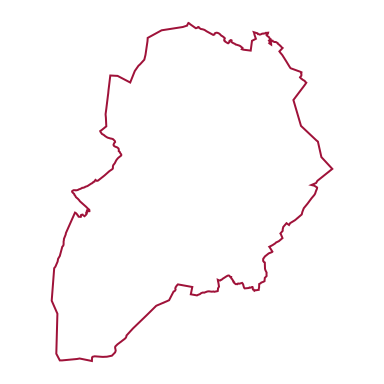 the district of Bykle nor, Aust-Agder, Norway
{"feature_id": "86288312B46813879091591", "entity_name": "Bykle nor", "entity_type": "district", "adm_level": 2, "iso_a3": "NOR", "parent_name": "Norway", "parent_adm1": "Aust-Agder", "projection": "mercator", "projection_center": [7.279, 59.427], "detail": "fine", "context": "isolated", "style": "outline", "palette": "rose", "viewbox_px": 384, "rotation_deg": 0, "n_neighbors": 0, "source": "geoboundaries", "source_scale": "gbopen_adm2", "svg_char_len": 5753}
<svg xmlns="http://www.w3.org/2000/svg" viewBox="0 0 384 384"><path d="M306.3,82.7L305.0,81.5L304.7,80.9L302.6,79.7L301.7,78.9L300.9,78.4L300.7,78.0L300.0,77.4L300.2,77.0L301.3,75.8L301.4,75.4L301.4,74.2L301.1,73.3L301.4,73.0L301.5,72.3L299.9,71.6L290.8,68.3L290.4,68.0L289.4,66.5L286.3,61.4L282.2,54.9L280.4,52.8L279.4,51.4L282.6,48.0L281.7,47.3L280.8,46.2L280.1,45.7L279.4,44.8L278.8,44.5L277.8,43.6L277.7,43.1L275.8,42.0L274.3,42.0L273.3,41.4L272.7,41.3L272.5,40.7L272.3,40.7L272.0,40.6L270.9,41.9L270.8,42.2L270.8,42.4L271.2,44.3L271.2,44.6L269.9,43.7L270.2,43.6L270.2,43.4L269.5,42.6L269.6,42.3L269.4,41.4L269.4,41.0L269.6,40.9L269.4,40.8L269.2,40.6L269.6,40.4L269.6,40.1L270.0,40.0L270.1,39.5L270.2,39.3L270.7,39.5L270.7,39.2L269.7,38.6L269.2,37.4L268.5,36.8L267.6,36.2L266.5,35.1L266.5,34.9L266.9,34.7L267.9,33.6L268.1,32.7L266.2,32.9L265.9,32.8L265.0,33.3L263.7,33.6L263.4,33.5L262.9,33.7L262.3,33.6L260.7,34.4L259.7,34.6L258.7,34.1L257.9,34.1L257.6,33.7L257.5,33.3L257.2,33.2L253.8,32.2L254.4,33.8L254.4,34.5L255.9,38.8L252.0,40.8L250.7,50.6L243.5,49.7L242.0,49.3L241.8,49.2L242.2,48.8L242.6,48.0L242.5,47.8L241.4,47.1L240.7,46.4L239.6,45.7L235.9,44.5L235.6,44.5L234.7,43.7L233.8,43.4L232.3,42.6L231.4,41.8L231.5,40.9L231.6,40.4L231.3,40.2L230.7,40.1L229.5,40.9L229.3,41.4L229.3,42.1L228.8,42.8L228.1,43.3L227.6,43.1L225.2,41.6L225.0,41.4L225.0,41.1L224.3,40.7L224.2,40.3L224.2,39.9L224.4,39.3L224.8,38.5L224.8,38.2L224.1,37.7L223.9,37.3L222.1,36.0L221.5,35.8L219.6,33.9L218.5,33.2L216.9,32.7L215.7,32.9L215.0,33.2L214.4,34.5L213.7,34.5L213.2,34.9L206.6,31.3L204.5,29.9L202.7,29.3L200.9,29.0L198.9,27.7L198.7,27.1L198.2,27.0L196.8,28.0L195.8,28.2L190.1,24.2L189.3,23.4L188.4,23.0L187.1,25.3L187.1,25.6L182.8,27.0L161.6,30.3L147.7,37.9L147.5,41.1L145.5,54.8L144.3,59.7L139.9,64.5L138.5,65.7L134.8,71.0L130.2,82.5L117.6,75.9L110.3,75.5L108.5,90.3L108.2,93.6L108.1,94.2L106.3,108.8L105.6,114.0L105.6,114.7L105.9,117.8L106.3,126.3L102.0,129.8L100.2,131.1L100.7,132.2L102.0,134.0L103.4,134.7L104.0,135.2L104.3,135.3L105.1,136.1L107.5,137.6L110.9,138.6L111.3,138.6L112.1,138.8L112.4,139.0L113.1,139.2L114.9,141.1L115.0,141.5L115.1,142.1L114.5,142.7L114.0,143.4L114.0,143.7L113.7,144.2L113.5,144.8L113.6,145.2L114.0,145.9L115.1,146.6L117.4,147.5L118.5,148.5L118.7,149.0L118.8,150.8L119.0,151.1L118.9,151.3L119.8,152.0L120.0,152.7L121.2,154.4L121.3,154.9L121.2,155.5L118.2,157.9L116.9,159.4L116.2,160.4L114.9,163.0L114.6,163.5L114.0,164.2L113.2,165.3L112.9,166.5L112.9,168.2L112.7,168.7L112.4,169.1L109.3,171.2L104.6,175.4L98.0,180.6L97.3,180.8L96.6,180.8L95.5,179.9L94.8,180.8L94.6,181.2L94.4,181.7L93.7,181.8L92.9,182.4L92.7,182.8L92.4,182.9L92.0,183.3L91.4,183.5L87.4,186.1L85.2,186.8L84.7,187.3L83.0,187.8L82.2,187.8L81.9,188.1L80.3,188.9L78.6,189.5L77.8,190.0L75.8,190.4L75.4,190.2L73.6,190.2L73.0,190.5L72.1,191.2L72.1,191.6L72.1,191.8L73.3,193.2L73.9,193.6L74.3,194.2L74.3,194.7L74.8,195.2L75.4,196.1L75.9,197.1L78.2,199.1L78.4,199.4L79.1,200.1L79.9,201.3L86.0,206.7L88.2,208.9L88.3,209.1L89.2,209.6L89.4,210.3L89.4,211.2L88.8,211.3L87.0,210.5L86.8,211.1L86.7,211.5L86.9,211.7L87.1,212.0L87.0,212.3L86.9,212.7L86.5,212.7L86.1,213.0L86.3,213.6L86.6,213.9L85.8,215.0L84.5,216.2L82.9,215.1L82.6,214.6L81.2,214.9L81.0,215.1L80.9,216.8L80.6,216.9L79.9,216.7L79.3,216.8L78.6,216.7L78.3,216.1L78.1,215.7L77.6,215.4L77.5,215.1L77.4,214.7L75.9,213.1L75.0,212.6L65.9,233.1L65.7,234.5L63.9,239.0L63.9,240.0L63.6,241.5L63.6,244.2L63.3,245.6L62.3,246.7L59.8,256.0L58.1,258.8L57.6,261.6L55.4,266.7L54.2,268.2L51.7,300.7L57.4,313.7L56.3,353.7L59.8,360.4L62.0,360.4L76.9,359.0L79.6,358.5L91.9,361.0L92.1,357.4L92.6,356.8L94.6,356.3L102.8,356.9L107.0,356.7L111.9,355.7L115.1,352.4L115.7,350.7L115.4,349.0L115.1,347.8L115.3,346.5L117.4,344.4L124.9,338.7L125.9,337.6L126.4,336.4L126.5,335.5L133.0,328.4L147.2,314.7L156.0,306.0L156.4,305.7L166.7,301.3L169.1,300.2L173.6,291.5L174.1,291.4L174.8,290.9L175.3,290.3L175.4,289.9L175.6,289.4L175.4,288.9L175.3,288.3L175.7,287.1L176.2,286.6L176.5,285.9L177.4,284.9L177.9,284.6L178.0,284.4L192.3,287.0L190.8,294.3L197.0,295.4L197.4,295.1L200.0,294.1L200.9,293.3L202.0,292.8L203.0,292.5L204.1,292.7L207.3,291.5L208.9,291.3L211.7,291.7L213.6,291.5L214.2,291.8L217.7,291.1L217.9,290.0L218.0,288.4L219.0,286.6L218.4,282.8L218.0,281.1L217.8,279.8L218.9,280.3L220.2,280.5L220.9,279.9L221.3,279.9L222.0,279.4L223.2,278.4L224.4,277.7L226.2,276.5L227.6,275.7L228.6,275.5L229.3,275.7L230.2,276.9L231.2,277.0L231.2,277.5L231.3,278.4L232.1,279.1L232.7,280.2L233.2,280.7L233.3,281.0L233.2,281.3L233.2,281.6L233.7,282.1L234.1,282.2L234.1,282.3L234.0,282.5L234.1,282.8L235.7,284.1L236.6,284.1L237.1,283.9L237.5,284.1L237.9,283.6L238.2,283.5L239.3,283.7L242.1,282.9L242.7,283.6L243.0,284.2L243.3,284.9L243.3,285.2L243.9,287.2L244.3,288.0L244.7,288.4L248.9,288.0L249.4,287.5L250.3,287.7L252.1,287.0L252.5,287.0L252.7,287.4L252.7,288.5L252.9,289.4L253.2,289.7L253.8,289.7L254.1,290.2L254.4,290.8L255.5,290.2L256.7,290.2L258.1,289.9L258.7,289.9L258.9,288.1L259.1,287.6L259.2,284.0L260.6,283.3L261.2,282.6L263.1,281.9L264.5,281.2L264.8,277.9L266.6,276.0L266.5,274.3L266.6,272.6L265.5,270.4L265.0,268.8L264.8,262.5L263.9,262.0L263.6,261.4L263.3,261.2L263.1,260.1L263.3,258.6L264.3,257.4L264.7,256.6L268.7,253.4L272.0,252.1L272.4,251.7L269.7,247.3L269.3,246.8L272.6,245.1L275.3,243.3L276.0,242.5L278.8,241.2L282.5,238.1L281.0,234.5L280.4,233.5L282.7,230.8L282.7,229.3L283.3,226.9L286.5,223.2L289.0,225.0L290.2,223.1L295.0,220.2L301.7,214.5L302.4,211.8L303.8,208.2L307.5,203.7L311.5,198.3L314.3,195.0L315.1,193.7L316.0,191.0L317.0,188.6L317.1,187.5L314.3,185.7L311.4,185.0L316.1,183.0L317.4,180.8L332.3,168.9L321.4,157.1L317.9,141.6L316.4,140.4L301.0,125.9L293.4,100.0L305.1,84.5L306.3,82.7Z" fill="none" stroke="#9f1239" stroke-width="2"/></svg>